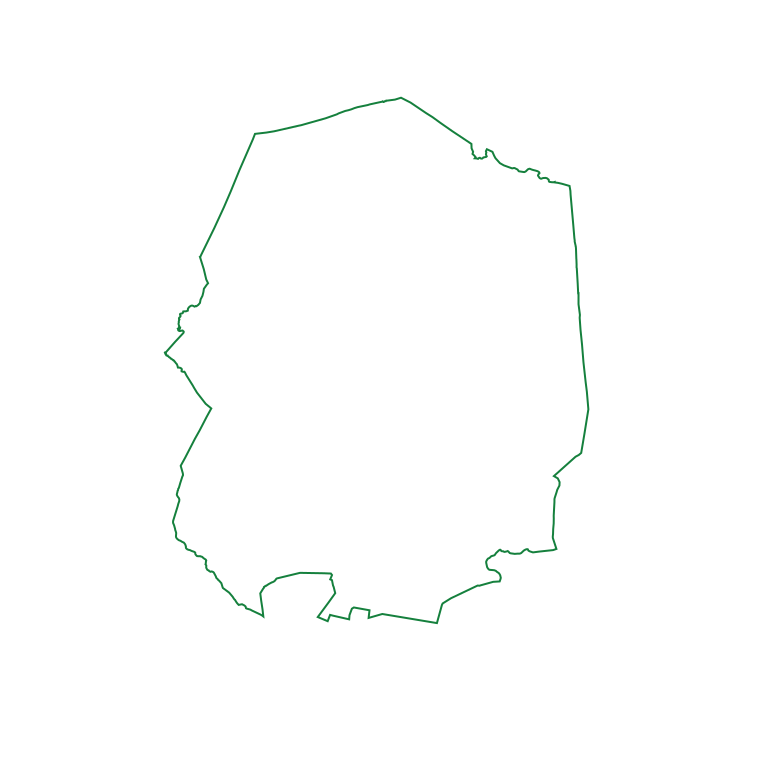 Blomes pag., Smiltenes, Latvia (Albers equal-area conic projection), rotated 207°
{"feature_id": "27541924B40520684233184", "entity_name": "Blomes pag.", "entity_type": "district", "adm_level": 2, "iso_a3": "LVA", "parent_name": "Latvia", "parent_adm1": "Smiltenes", "projection": "albers", "projection_center": [25.744, 57.45], "detail": "fine", "context": "isolated", "style": "outline", "palette": "green", "viewbox_px": 768, "rotation_deg": 207, "n_neighbors": 0, "source": "geoboundaries", "source_scale": "gbopen_adm2", "svg_char_len": 6142}
<svg xmlns="http://www.w3.org/2000/svg" viewBox="0 0 768 768"><g transform="rotate(207 384 384)"><path d="M185.0,295.7L183.8,299.1L182.9,300.5L182.1,301.4L181.3,301.9L180.8,302.0L180.1,301.4L179.5,301.1L177.9,301.1L174.8,301.6L169.7,305.1L157.9,312.8L155.5,315.3L163.7,323.5L164.4,324.8L165.2,326.9L167.4,331.6L169.5,336.8L171.7,341.3L173.0,343.7L178.5,356.1L179.8,358.7L180.1,359.6L181.1,365.8L181.6,368.4L181.6,373.2L183.0,376.3L186.3,378.8L190.8,379.1L180.3,406.2L178.2,409.2L177.0,412.1L182.7,430.3L190.4,454.2L199.8,469.3L205.1,477.1L216.2,494.0L225.5,509.1L233.5,521.5L239.7,531.8L240.8,534.5L246.9,543.4L251.9,553.2L252.2,553.0L257.0,561.4L264.8,574.7L265.3,575.2L266.7,578.0L269.1,582.3L269.6,583.1L274.3,591.6L275.4,593.4L275.7,593.6L275.8,593.9L278.7,597.4L279.4,598.7L280.6,600.4L287.6,611.7L303.7,637.4L305.6,640.7L308.6,644.7L316.3,643.2L320.3,642.2L323.7,641.0L323.8,641.4L324.7,640.6L326.3,639.9L328.4,639.2L328.8,639.3L329.3,639.7L330.0,640.8L330.3,640.9L332.3,641.3L333.6,641.0L335.8,639.7L337.1,638.3L337.8,638.1L338.9,638.2L341.4,639.6L341.5,639.9L341.6,640.9L341.2,642.2L341.2,642.5L341.8,643.1L342.9,643.3L343.9,643.3L346.1,642.9L348.2,642.4L350.0,642.1L351.5,642.0L352.2,641.8L353.2,640.7L354.2,637.8L355.0,636.7L355.4,636.4L360.3,634.8L360.6,634.8L362.4,635.7L365.5,635.7L366.2,635.5L367.7,634.3L376.5,633.2L381.0,633.4L387.2,635.8L389.5,637.4L392.8,640.1L398.9,639.9L398.9,637.8L398.8,637.5L398.5,637.2L398.0,636.9L397.9,636.5L397.5,635.0L395.8,633.4L396.1,632.7L397.6,631.5L398.3,631.0L398.5,630.2L399.0,629.3L400.0,628.9L401.3,629.1L401.9,628.6L402.4,627.3L403.9,627.0L405.6,626.3L405.4,627.7L407.2,628.5L409.6,629.2L410.0,631.3L413.0,633.8L415.1,637.6L438.2,640.3L452.5,642.3L461.9,643.8L469.5,644.5L488.1,646.8L498.8,646.8L503.3,642.4L509.7,638.0L510.7,637.5L510.8,636.8L511.6,636.4L512.0,635.9L512.2,635.2L512.6,635.0L513.5,635.2L513.7,634.8L523.6,626.7L525.1,625.2L533.2,618.7L535.6,616.4L537.8,613.9L540.0,611.8L542.5,609.7L547.3,604.5L548.4,602.9L556.7,594.2L575.4,576.9L577.3,575.4L596.6,559.3L603.0,554.6L612.5,548.3L611.9,542.4L609.9,509.0L608.0,486.1L606.9,469.0L606.0,446.0L605.5,414.8L605.3,413.8L605.6,413.6L596.7,404.5L589.8,396.4L586.5,393.9L587.0,391.9L587.7,387.1L586.7,384.1L585.8,380.2L585.8,376.1L584.8,372.7L585.4,370.1L585.5,370.0L586.2,368.6L586.5,368.1L587.3,367.9L587.5,367.4L588.0,366.9L589.3,367.0L590.5,366.8L591.3,366.3L592.0,365.3L592.6,363.9L592.8,362.6L592.8,361.9L592.1,360.3L593.5,358.8L595.2,357.9L595.8,357.5L595.5,356.1L595.8,355.4L596.4,354.9L596.9,354.5L597.4,354.0L597.4,353.5L596.9,352.8L596.4,352.6L596.1,352.1L596.1,351.4L596.6,350.0L596.5,349.6L596.3,349.0L596.0,348.6L595.6,348.6L595.3,346.6L594.8,345.9L594.6,344.8L594.0,343.8L592.6,342.5L592.6,341.8L592.2,341.7L591.3,341.8L591.0,340.5L591.1,340.2L591.6,340.3L591.7,341.0L592.1,341.0L592.3,340.6L592.4,340.3L592.7,339.8L592.4,339.7L592.2,339.0L591.6,338.4L590.9,338.3L590.1,338.4L589.5,338.8L588.5,339.7L587.8,340.2L586.3,339.8L586.1,339.5L585.9,338.7L586.0,338.1L589.3,326.6L592.6,313.7L592.6,313.0L592.9,312.8L593.4,312.8L593.5,312.5L593.1,312.2L592.7,311.8L592.0,312.0L591.9,311.9L591.8,311.2L590.9,310.7L590.3,311.0L589.8,311.1L589.6,310.7L588.5,310.7L587.6,310.3L586.5,310.3L585.9,310.0L585.5,309.8L585.0,310.0L583.3,309.6L582.8,309.7L582.5,309.7L582.3,309.4L581.5,309.4L580.9,309.1L580.8,308.9L580.2,308.8L578.7,308.0L577.7,307.7L576.5,306.7L575.1,305.1L574.4,305.4L573.4,305.8L572.2,305.9L571.3,305.7L570.9,305.4L570.6,304.9L570.6,304.3L570.1,303.4L569.2,303.5L567.9,303.9L567.5,304.3L566.7,304.0L564.0,302.0L553.8,295.9L551.4,294.3L546.7,291.4L533.9,285.4L526.8,283.8L527.1,274.4L527.2,259.0L527.6,249.2L527.7,228.4L528.0,218.8L522.8,213.2L521.9,211.9L521.6,211.1L521.7,210.3L520.6,203.4L519.6,198.2L519.8,197.4L519.3,195.8L519.4,195.1L519.1,194.2L518.6,192.0L518.3,191.2L517.3,190.4L516.1,189.7L515.1,189.3L514.0,188.3L513.3,186.8L512.9,183.9L512.3,181.2L509.7,166.1L508.9,164.5L506.9,162.8L504.4,160.1L503.7,159.1L502.8,158.3L501.5,156.9L500.2,153.8L499.6,153.0L499.0,152.6L498.2,152.2L496.1,151.7L494.1,151.9L492.4,151.7L490.3,151.8L488.2,150.8L487.5,150.0L487.0,149.6L486.8,149.5L486.7,149.0L486.0,148.0L485.5,147.7L484.2,147.4L483.0,147.5L481.5,147.9L479.7,147.9L476.8,148.3L475.7,148.1L475.1,147.1L474.6,146.6L473.0,145.9L472.4,145.8L470.5,146.6L469.8,147.1L468.6,147.2L468.1,147.4L467.4,147.4L465.7,146.9L463.1,146.6L462.3,146.1L462.2,145.9L462.3,145.6L461.3,143.1L461.2,142.3L460.0,141.7L459.0,139.6L457.2,138.3L456.4,138.2L455.6,138.3L455.0,138.0L453.5,137.9L453.2,138.0L452.7,138.6L452.3,138.8L450.8,138.9L450.0,138.7L446.3,136.1L445.7,135.4L445.1,135.0L443.8,134.7L442.7,134.1L441.9,134.0L438.5,132.7L435.4,129.5L434.9,129.1L427.2,127.8L422.2,125.7L420.4,124.6L419.3,124.1L418.7,124.0L417.0,122.9L415.3,122.0L413.2,121.2L411.7,122.4L410.5,123.3L407.9,123.3L406.3,122.9L405.2,121.6L404.7,121.5L400.6,122.3L398.8,122.2L389.2,122.5L387.6,122.4L386.0,122.1L389.9,128.0L395.2,135.4L399.2,141.3L398.8,146.4L398.5,148.0L398.8,148.6L398.5,149.1L398.3,149.7L397.7,150.1L397.6,150.7L397.3,150.9L396.5,152.3L396.1,153.1L393.9,156.3L393.3,156.8L392.4,158.1L392.0,158.9L391.6,160.8L391.5,161.6L391.1,162.2L373.1,177.6L351.8,188.0L345.3,191.0L343.6,190.2L343.2,185.5L341.3,185.6L338.0,181.4L336.7,180.3L332.5,175.5L334.2,164.3L337.2,146.3L326.5,147.1L327.2,153.8L324.0,154.5L308.2,158.5L309.8,162.4L310.6,169.2L309.4,171.2L294.2,175.8L291.5,168.6L281.1,178.3L228.3,195.0L232.1,213.5L232.1,215.1L227.0,223.6L209.1,246.9L207.2,247.7L206.7,248.3L196.9,257.3L191.3,260.6L191.7,263.4L192.0,264.4L193.6,266.3L194.6,267.0L195.3,267.4L196.2,267.7L198.1,267.9L199.6,268.3L201.3,268.1L205.8,266.3L206.9,266.5L208.3,267.2L208.9,267.6L210.0,268.9L211.7,271.0L212.1,271.7L212.3,272.1L212.4,273.4L212.2,275.0L212.1,275.5L211.8,276.0L211.1,276.8L210.9,277.3L210.3,279.1L209.9,279.6L208.8,280.6L207.9,281.5L207.7,281.9L207.4,284.2L206.4,287.1L206.0,288.1L205.6,288.8L205.2,289.1L204.5,289.0L203.7,288.5L203.1,288.5L201.7,289.1L200.7,289.0L200.0,289.4L198.0,291.1L197.9,291.3L197.1,291.2L195.3,290.5L194.4,290.6L190.4,292.0L187.6,293.7L186.5,294.2L185.6,294.9L185.0,295.7Z" fill="none" stroke="#15803d" stroke-width="2"/></g></svg>